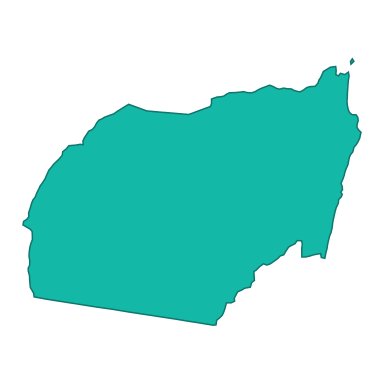 Itacaré, Bahia, Brazil
{"feature_id": "56859067B83682608684654", "entity_name": "Itacaré", "entity_type": "district", "adm_level": 2, "iso_a3": "BRA", "parent_name": "Brazil", "parent_adm1": "Bahia", "projection": "albers", "projection_center": [-39.125, -14.353], "detail": "fine", "context": "isolated", "style": "filled", "palette": "teal", "viewbox_px": 384, "rotation_deg": 0, "n_neighbors": 0, "source": "geoboundaries", "source_scale": "gbopen_adm2", "svg_char_len": 2732}
<svg xmlns="http://www.w3.org/2000/svg" viewBox="0 0 384 384"><path d="M34.1,296.9L46.6,299.2L96.3,307.0L112.6,309.3L129.4,312.1L146.6,314.7L174.9,319.0L189.4,321.4L194.8,322.2L213.2,325.2L216.0,324.9L216.7,320.2L219.6,317.9L222.0,315.5L223.4,312.9L224.9,308.7L226.4,302.9L231.3,302.8L234.6,301.2L234.3,298.0L235.7,295.5L237.5,291.9L241.6,290.1L244.7,288.2L250.3,287.2L251.7,282.5L254.4,280.5L254.1,276.0L253.9,271.6L256.3,270.0L259.9,266.4L263.5,263.8L266.7,265.0L270.0,264.0L274.1,261.2L277.7,258.6L280.3,255.9L283.8,254.8L285.8,251.3L288.7,247.0L292.2,245.1L295.0,243.7L297.1,240.6L301.6,240.8L302.3,244.3L301.7,248.4L301.8,253.0L301.8,257.0L305.5,257.0L309.6,256.1L312.9,255.0L316.8,254.2L320.6,253.6L321.3,257.5L324.8,258.3L325.9,253.0L327.0,248.7L327.6,244.5L328.2,241.7L328.9,238.9L329.6,236.0L331.1,232.4L332.1,227.8L332.7,222.7L333.4,219.1L334.2,215.6L335.0,211.9L336.2,207.7L338.3,203.3L338.7,199.5L341.1,197.1L342.3,194.4L340.8,192.1L342.5,189.8L342.2,186.4L341.0,183.3L342.8,179.3L344.2,175.3L344.9,172.1L346.1,168.8L347.9,164.8L348.7,160.6L349.4,157.2L350.7,154.5L352.8,151.9L353.9,147.4L356.3,144.6L358.0,141.8L359.7,138.2L361.0,132.3L358.3,129.6L356.9,127.0L357.2,123.9L358.2,120.7L357.9,117.7L356.3,114.9L351.9,114.6L349.4,112.4L348.2,109.4L347.3,105.3L347.0,101.2L347.3,97.2L347.4,93.2L347.7,88.9L348.0,84.5L348.4,80.0L349.1,75.9L348.4,72.1L344.9,74.6L340.4,73.3L338.5,75.9L335.8,74.6L336.2,70.6L335.7,66.5L330.4,67.2L327.0,69.3L323.3,71.5L322.0,74.7L320.6,77.7L319.0,80.0L318.0,83.1L315.2,86.3L310.3,86.6L306.9,87.5L302.9,90.4L300.0,91.9L297.0,91.3L293.8,90.3L291.3,88.9L287.7,88.8L283.5,88.1L279.6,89.2L276.4,88.3L273.5,86.7L269.6,85.2L265.9,86.6L261.3,88.3L258.2,89.8L255.1,91.7L251.4,92.9L246.7,92.5L243.6,91.6L240.9,92.0L236.1,92.5L229.4,92.8L226.5,94.2L223.8,96.1L220.6,96.8L217.2,97.0L211.5,99.0L211.5,103.3L210.6,106.4L188.7,114.5L175.7,113.4L165.2,112.5L162.1,112.3L146.7,110.9L128.7,104.3L125.4,106.3L121.7,108.6L117.2,111.4L113.7,113.9L109.7,115.3L104.4,117.3L101.7,119.0L99.0,120.1L96.7,122.9L94.7,126.8L92.3,129.5L88.7,131.2L86.2,135.1L84.3,137.9L82.9,141.1L83.3,144.7L80.2,144.3L75.8,145.1L72.2,145.4L68.8,145.7L66.5,148.7L62.8,151.6L62.1,155.5L59.3,158.8L56.0,162.0L53.6,164.3L51.9,166.6L48.9,170.1L46.7,175.0L45.0,178.9L42.7,182.5L40.2,185.9L38.4,189.8L36.8,192.9L35.2,197.1L32.9,200.0L31.5,203.6L30.0,208.8L28.6,212.8L28.8,216.7L26.7,219.4L23.6,221.4L23.0,225.0L26.7,227.1L30.2,229.2L32.1,231.4L32.3,234.7L32.4,239.6L30.8,243.8L29.8,247.6L29.2,252.4L29.0,256.3L29.8,260.9L29.6,265.4L28.2,268.1L28.3,271.3L29.5,275.6L29.6,279.4L30.0,284.1L30.4,287.7L32.2,290.6L33.7,293.4L34.1,296.9ZM351.0,64.2L353.9,61.3L352.3,58.8L350.5,61.5L351.0,64.2Z" fill="#14b8a6" stroke="#0f766e" stroke-width="1.5"/></svg>